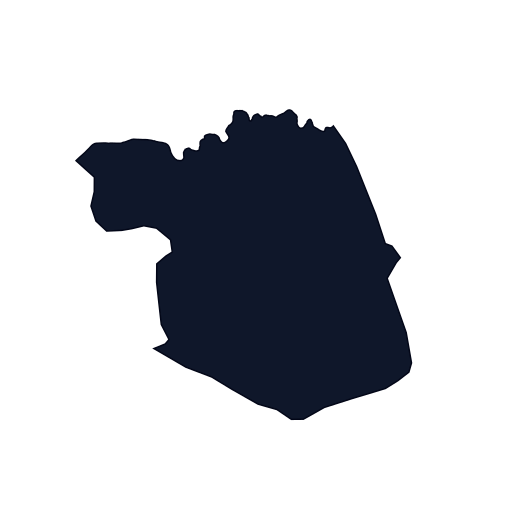 outline of Nicolich, Canelones, Uruguay, rotated 58°
{"feature_id": "84410073B10990004247606", "entity_name": "Nicolich", "entity_type": "district", "adm_level": 2, "iso_a3": "URY", "parent_name": "Uruguay", "parent_adm1": "Canelones", "projection": "orthographic", "projection_center": [-56.036, -34.803], "detail": "fine", "context": "isolated", "style": "filled", "palette": "ink", "viewbox_px": 512, "rotation_deg": 58, "n_neighbors": 0, "source": "geoboundaries", "source_scale": "gbopen_adm2", "svg_char_len": 4958}
<svg xmlns="http://www.w3.org/2000/svg" viewBox="0 0 512 512"><g transform="rotate(58 256 256)"><path d="M280.4,391.6L313.2,374.3L335.1,357.7L356.7,346.8L382.8,332.7L397.3,319.6L413.2,312.6L419.5,302.3L420.6,278.3L427.7,250.4L436.9,216.5L436.9,201.7L435.5,187.9L429.1,180.8L400.5,169.2L377.7,164.1L344.4,156.6L335.9,140.5L333.9,134.5L329.4,134.8L319.6,135.5L314.0,139.8L284.0,132.4L233.5,123.3L208.0,120.4L186.7,121.5L187.0,122.4L187.0,123.6L187.0,124.4L186.8,124.9L186.3,125.8L185.6,126.4L184.9,127.2L184.5,127.9L184.3,128.5L184.4,129.1L184.7,129.6L185.2,130.2L185.6,130.7L185.9,130.9L186.3,131.3L186.5,131.9L186.3,132.5L185.9,133.1L185.3,133.9L184.8,134.3L184.1,134.7L183.4,135.2L182.5,135.7L181.7,136.0L181.0,136.4L180.1,136.8L179.7,137.1L178.9,137.5L178.4,137.8L177.6,138.2L177.0,138.5L176.4,138.7L175.8,138.6L175.1,138.3L174.4,138.4L173.8,138.2L173.3,137.8L172.8,137.7L171.9,137.6L170.9,137.5L170.4,137.3L169.8,137.3L169.1,137.5L168.7,137.8L168.5,138.3L168.4,139.1L168.7,140.1L169.0,141.2L169.3,141.5L169.6,141.8L170.0,142.0L170.2,142.3L170.4,143.0L170.7,143.8L171.0,144.8L171.5,145.7L171.9,146.5L172.0,147.2L172.2,147.6L172.2,148.3L171.9,149.2L171.6,149.9L171.4,150.4L170.9,150.8L170.3,151.2L169.8,151.4L169.1,151.5L167.5,151.5L166.4,151.4L165.5,151.1L164.7,150.9L164.4,150.4L163.8,149.9L162.8,149.3L162.0,148.9L161.1,148.5L160.5,148.1L160.0,147.5L159.3,147.4L158.3,147.3L157.6,147.3L156.9,147.5L156.4,147.8L155.7,148.0L154.6,148.2L153.6,148.5L152.6,148.6L151.6,148.9L150.6,149.5L150.0,150.1L149.7,150.5L149.3,151.7L149.3,152.7L149.4,154.1L149.6,155.4L149.7,156.4L149.7,157.0L149.5,157.8L149.3,158.8L149.2,159.8L149.0,161.0L148.9,162.3L148.9,163.2L149.0,163.9L149.1,164.5L149.1,165.2L149.0,165.5L148.5,166.1L147.8,166.6L147.1,167.0L146.4,167.5L145.7,168.1L145.3,168.6L145.0,169.2L144.5,169.8L144.3,170.4L143.9,170.9L143.3,171.2L143.1,171.7L142.7,172.1L142.1,172.5L141.8,173.0L141.6,173.5L141.4,174.1L141.4,174.8L141.5,175.4L141.6,176.1L141.7,176.6L141.7,177.1L141.6,177.6L141.1,177.9L140.7,177.8L140.4,177.9L140.1,177.8L139.9,178.1L139.2,178.4L138.4,178.8L138.2,178.7L137.5,178.8L136.9,179.0L136.6,179.2L136.2,179.7L136.2,180.1L136.0,181.0L135.9,181.6L135.8,182.2L135.8,183.1L135.9,183.6L136.1,184.2L136.5,185.0L136.7,185.4L137.1,185.9L137.5,185.9L137.9,186.4L138.0,187.2L138.4,187.6L138.4,187.8L138.5,188.2L138.8,188.7L138.7,189.0L138.6,189.3L138.2,189.5L137.7,189.8L137.2,189.7L136.7,189.6L136.1,189.3L135.6,189.0L135.1,188.7L134.2,188.8L133.4,188.6L133.0,188.5L132.6,188.3L132.3,188.4L132.0,188.2L131.3,188.4L130.2,188.3L129.5,188.4L128.9,188.5L128.4,188.8L127.5,189.5L126.8,189.7L126.2,190.5L125.4,190.7L125.0,191.5L124.4,192.3L124.1,193.3L123.9,193.2L123.6,193.9L122.7,195.0L122.3,195.8L122.1,196.2L122.0,196.8L121.9,197.3L122.1,198.1L122.6,198.7L123.4,199.2L124.0,199.6L124.9,200.8L125.9,201.7L127.5,202.6L128.8,203.5L129.8,204.4L130.6,206.1L131.1,208.1L131.0,209.9L131.7,211.2L132.4,212.9L133.3,214.5L134.3,215.5L135.7,215.6L136.6,215.6L138.1,215.6L139.8,215.6L141.5,216.2L142.4,217.4L143.0,219.3L143.2,220.4L143.3,222.0L143.0,223.3L142.1,224.5L140.8,224.9L140.0,225.2L139.5,225.0L138.1,225.2L137.0,224.9L136.3,224.7L134.4,224.9L132.7,225.6L130.9,226.8L130.2,228.1L129.3,229.2L128.1,230.5L127.7,231.6L127.2,233.3L126.9,234.8L127.1,236.1L128.1,236.8L129.3,237.4L129.4,237.8L129.4,238.3L129.1,238.5L128.9,238.7L128.8,239.0L128.8,239.9L128.9,241.4L129.5,242.7L130.6,243.6L132.3,244.6L132.7,244.7L133.1,244.9L133.5,245.7L134.2,246.5L135.1,247.2L135.8,247.7L136.0,248.5L135.9,249.3L135.7,250.3L135.2,251.2L134.5,252.1L133.3,253.1L132.3,254.1L131.2,254.9L129.6,255.3L128.9,255.9L128.6,256.6L128.5,257.8L128.2,258.2L128.4,258.9L128.1,259.5L128.5,259.9L128.5,260.3L129.1,261.4L129.8,262.5L130.8,263.1L131.7,263.6L132.5,264.0L132.8,264.1L133.5,264.5L133.9,264.5L134.3,264.9L134.6,265.3L135.2,266.2L135.5,266.9L135.6,267.7L135.5,268.6L135.0,269.7L134.5,270.4L133.8,271.2L133.5,271.8L132.4,272.4L131.2,273.0L130.3,273.3L129.9,273.4L128.6,273.5L127.5,273.7L126.0,273.7L125.1,273.6L124.0,273.5L123.0,273.4L122.0,273.1L121.0,272.7L120.0,272.5L119.1,272.2L118.1,272.0L117.0,271.9L115.9,271.9L114.7,272.1L113.7,272.6L112.7,273.0L111.9,273.8L111.0,274.6L110.1,275.4L108.9,276.9L107.9,278.1L107.1,278.9L106.0,280.1L104.5,281.2L104.2,281.9L103.4,282.5L102.2,283.7L100.9,285.3L99.6,286.8L99.4,287.1L98.4,288.6L97.0,290.8L95.4,293.1L93.8,295.5L92.1,297.9L91.3,299.8L91.0,301.7L90.6,303.2L90.2,305.5L89.8,307.1L89.3,308.3L89.1,309.1L89.0,310.3L88.3,311.7L86.2,315.0L84.4,317.7L83.1,319.7L82.5,321.1L80.6,323.5L79.0,326.1L77.1,329.4L75.7,331.9L75.2,333.3L75.1,335.1L75.2,336.3L75.6,338.2L76.2,340.2L76.8,342.9L77.6,346.2L78.3,350.1L78.8,353.3L79.6,357.3L79.8,358.1L92.8,354.4L103.5,351.3L115.8,359.1L126.2,369.5L141.6,373.2L155.7,369.4L163.1,356.3L167.0,346.8L170.9,335.1L179.7,325.6L197.0,319.9L208.3,324.9L208.3,332.3L210.1,344.3L225.6,354.2L244.7,363.4L263.9,372.6L280.7,374.0L282.5,379.6L280.4,391.6Z" fill="#0f172a" stroke="#020617" stroke-width="1.5"/></g></svg>